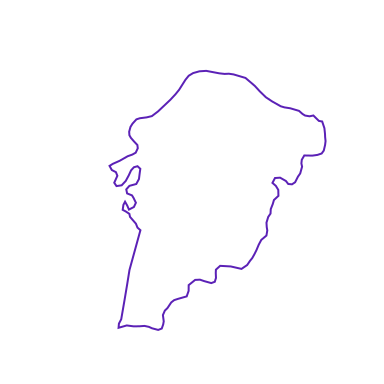 Magalhães Barata, Pará, Brazil, rotated 49°
{"feature_id": "56859067B4856082037025", "entity_name": "Magalhães Barata", "entity_type": "district", "adm_level": 2, "iso_a3": "BRA", "parent_name": "Brazil", "parent_adm1": "Pará", "projection": "robinson", "projection_center": [-47.632, -0.823], "detail": "fine", "context": "isolated", "style": "outline", "palette": "violet", "viewbox_px": 384, "rotation_deg": 49, "n_neighbors": 0, "source": "geoboundaries", "source_scale": "gbopen_adm2", "svg_char_len": 2051}
<svg xmlns="http://www.w3.org/2000/svg" viewBox="0 0 384 384"><g transform="rotate(49 192 192)"><path d="M246.3,336.5L249.9,328.8L255.1,324.2L258.9,319.7L261.9,315.7L265.5,313.0L268.6,311.6L273.9,308.0L275.2,304.4L273.1,300.7L271.1,298.2L265.8,294.7L263.7,290.3L263.5,286.7L261.7,280.1L261.9,276.4L263.5,272.6L267.3,264.5L264.4,259.4L260.1,255.6L260.4,247.3L263.4,243.5L267.2,241.3L273.4,237.2L274.7,233.7L272.6,230.3L268.6,227.1L266.3,224.9L266.2,219.2L273.6,211.6L282.5,205.1L283.3,198.3L282.0,193.3L281.4,189.9L279.9,185.7L278.2,181.6L275.5,176.1L273.6,171.1L273.7,164.4L270.4,160.4L267.5,158.6L264.0,155.9L260.8,150.8L259.8,146.9L256.6,143.8L254.1,139.0L251.8,135.4L251.6,129.3L247.0,125.5L242.4,124.7L237.9,125.3L235.9,120.2L239.0,116.1L245.3,113.9L249.1,114.1L251.8,111.5L252.3,107.8L249.9,101.9L249.0,98.2L245.1,92.3L242.2,90.7L239.7,88.0L238.1,83.3L243.5,77.3L246.3,73.0L248.0,68.9L247.2,65.4L243.9,60.8L241.2,57.8L237.9,55.5L235.4,53.5L230.7,50.2L224.2,47.5L221.6,49.6L217.9,49.9L213.9,50.2L212.0,53.6L208.5,56.5L205.6,57.4L201.0,58.0L193.3,62.9L188.8,66.7L185.5,68.8L176.2,72.1L168.9,74.1L160.5,74.8L153.2,75.0L141.0,76.8L130.5,83.5L126.9,86.6L124.3,89.9L120.4,93.5L109.9,101.8L105.8,107.2L103.0,113.1L102.1,118.2L103.0,123.3L106.4,134.7L107.4,140.4L108.2,147.9L108.9,164.8L108.4,172.5L105.9,177.3L102.1,183.0L100.7,186.3L101.4,192.1L102.5,195.7L105.3,199.9L108.1,202.0L111.0,202.6L115.5,202.6L120.7,202.4L123.4,204.2L125.4,208.7L124.6,212.5L122.8,217.1L121.0,226.1L118.8,233.3L118.2,237.1L122.8,238.1L127.1,236.4L130.8,237.7L134.0,244.6L138.0,245.1L140.8,240.7L140.2,234.8L138.0,228.9L135.7,223.8L135.2,219.6L136.8,216.2L140.6,215.8L143.1,218.7L147.4,223.5L149.4,228.8L147.7,232.3L146.3,235.2L146.9,239.9L150.5,241.9L155.2,239.5L158.1,240.0L163.3,241.4L165.2,245.7L163.9,251.1L159.8,249.8L155.4,248.9L156.7,252.2L160.0,256.0L163.1,254.8L167.4,253.6L170.1,255.1L173.8,255.1L179.1,255.1L183.1,256.5L187.0,256.0L209.8,290.3L219.4,301.8L229.2,313.7L241.6,328.9L243.4,333.5L246.3,336.5Z" fill="none" stroke="#5b21b6" stroke-width="2"/></g></svg>